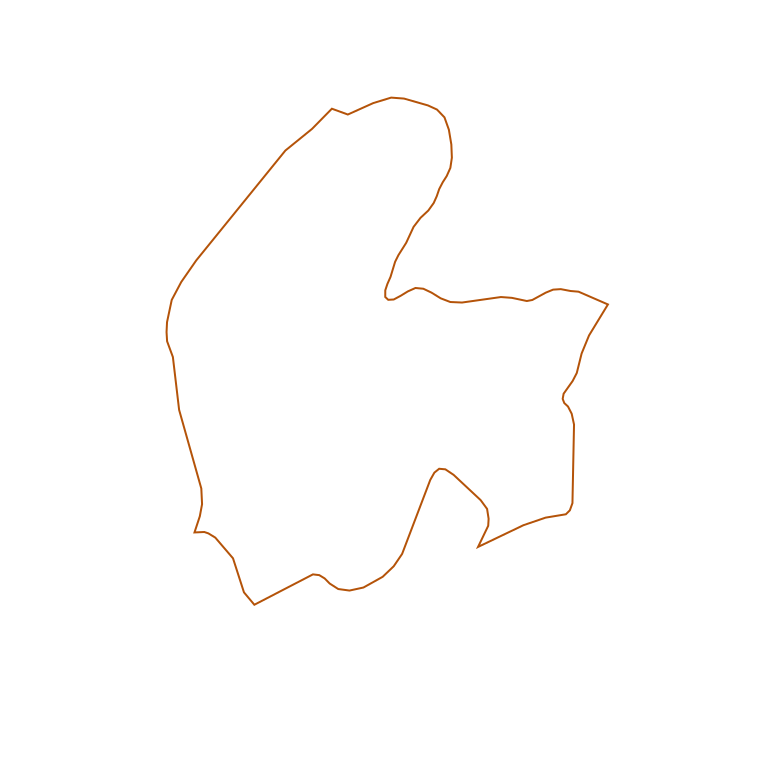 SVG path tracing the border of Thái Nguyên, rotated 35°
{"feature_id": "VNM-452", "entity_name": "Thái Nguyên", "entity_type": "Province", "adm_level": 1, "iso_a3": "VNM", "parent_name": "Vietnam", "parent_adm1": "", "projection": "natural_earth1", "projection_center": [105.891, 21.681], "detail": "fine", "context": "isolated", "style": "outline", "palette": "amber", "viewbox_px": 768, "rotation_deg": 35, "n_neighbors": 0, "source": "natural_earth", "source_scale": "10m", "svg_char_len": 1401}
<svg xmlns="http://www.w3.org/2000/svg" viewBox="0 0 768 768"><g transform="rotate(35 384 384)"><path d="M195.6,483.0L181.8,473.4L176.1,466.2L170.8,457.8L161.9,436.9L159.4,416.7L159.3,390.4L169.3,249.3L178.7,216.4L183.4,188.4L199.8,184.0L214.1,160.0L225.6,145.3L236.7,138.7L260.2,130.6L270.0,128.8L280.6,130.9L291.3,138.5L301.8,149.2L309.8,159.7L314.4,168.9L316.1,177.7L316.4,185.0L317.4,192.6L319.5,199.9L320.9,207.2L320.8,216.5L318.6,226.9L318.1,238.3L321.2,255.6L321.9,270.2L323.0,277.5L327.9,292.5L329.4,300.1L331.3,306.5L335.1,312.0L339.2,312.6L343.5,309.2L347.0,302.3L350.4,294.5L354.7,287.3L361.6,283.4L370.5,281.9L381.3,281.3L391.3,278.8L401.2,272.5L429.9,245.7L439.3,240.1L453.4,234.1L457.3,230.1L464.1,216.4L468.4,209.7L474.4,204.9L483.5,200.8L490.4,196.8L521.8,190.4L524.1,226.6L528.4,245.7L535.6,264.4L536.8,273.3L536.7,288.9L538.9,293.7L542.6,296.2L547.6,296.9L554.8,300.7L562.9,308.2L606.7,373.5L608.7,380.9L607.7,386.4L593.0,400.8L579.2,419.7L554.5,463.5L550.7,440.4L547.0,434.4L540.1,427.2L529.8,423.7L493.1,418.5L483.2,418.7L477.8,421.8L476.1,427.7L476.9,436.0L496.3,512.8L496.5,527.7L493.5,542.7L483.9,562.5L474.2,573.0L464.1,578.2L454.0,578.6L446.9,577.3L440.6,577.7L435.0,580.7L404.4,639.2L388.8,635.0L360.3,613.4L333.9,606.6L325.8,607.1L321.7,608.3L313.9,614.3L309.0,598.0L303.9,586.8L294.3,574.4L231.0,522.7L195.6,483.0Z" fill="none" stroke="#b45309" stroke-width="2"/></g></svg>